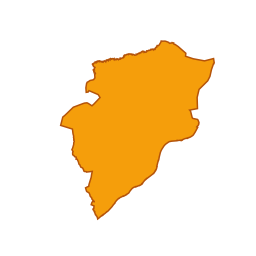 outline of Briģu pag., Ludzas, Latvia, rotated 291°
{"feature_id": "27541924B47965156776634", "entity_name": "Briģu pag.", "entity_type": "district", "adm_level": 2, "iso_a3": "LVA", "parent_name": "Latvia", "parent_adm1": "Ludzas", "projection": "mercator", "projection_center": [28.122, 56.451], "detail": "fine", "context": "isolated", "style": "filled", "palette": "amber", "viewbox_px": 256, "rotation_deg": 291, "n_neighbors": 0, "source": "geoboundaries", "source_scale": "gbopen_adm2", "svg_char_len": 5637}
<svg xmlns="http://www.w3.org/2000/svg" viewBox="0 0 256 256"><g transform="rotate(291 128 128)"><path d="M87.5,163.7L94.5,168.0L95.5,168.3L95.4,168.4L97.5,168.9L97.6,168.7L98.5,168.8L98.5,169.1L100.1,169.2L102.6,168.9L102.6,168.6L108.6,167.9L108.6,168.1L110.0,168.0L111.8,167.6L116.5,167.0L118.8,167.0L120.8,167.3L124.1,168.0L126.2,168.8L129.1,170.7L130.0,171.4L131.3,173.4L133.7,178.4L134.1,178.3L134.4,179.5L135.4,181.3L135.2,181.5L135.7,182.2L135.5,182.5L136.2,183.1L136.5,182.9L138.5,185.0L139.5,186.6L140.0,187.2L139.8,187.3L140.4,187.9L140.4,187.6L141.9,189.5L144.1,191.1L145.0,191.5L148.4,192.2L153.6,192.8L153.7,191.8L156.1,192.7L156.8,192.7L157.3,192.4L158.1,192.5L158.8,192.1L160.6,190.4L160.9,189.8L160.4,186.6L160.2,185.1L160.3,184.8L160.5,184.4L161.4,183.7L166.1,180.4L166.8,179.1L171.0,185.9L181.3,181.6L189.5,180.5L200.6,185.5L205.5,186.0L212.4,185.0L218.7,184.8L218.7,185.1L219.8,185.1L223.5,183.0L218.1,175.4L216.0,164.1L215.6,156.0L218.5,155.2L222.0,145.7L222.9,142.0L222.7,141.5L222.9,140.6L223.8,140.2L223.6,139.4L223.3,139.0L223.5,138.5L223.1,138.4L222.5,137.4L222.5,137.2L222.0,136.7L222.1,136.0L222.5,135.4L222.5,132.2L222.3,131.2L221.4,129.0L221.1,127.8L219.9,127.9L216.6,127.3L215.5,126.6L215.6,126.0L215.4,125.6L214.8,125.7L213.6,125.4L213.5,125.6L213.2,125.2L212.7,125.1L212.6,124.9L212.0,125.0L211.6,124.7L211.3,124.9L211.2,124.5L210.9,124.7L210.6,123.9L210.3,123.9L210.5,123.6L210.1,123.2L210.1,122.8L210.3,122.8L210.2,122.6L210.3,122.4L210.0,122.2L209.8,121.6L209.4,121.5L209.6,121.2L208.5,120.8L208.2,119.8L207.8,119.7L207.8,119.4L207.0,118.6L206.8,118.0L206.4,118.2L206.1,118.1L206.1,117.8L205.7,117.9L205.1,117.6L205.1,117.1L205.1,116.6L204.8,116.5L205.0,115.9L204.7,115.8L205.0,115.6L205.3,115.2L205.1,114.9L204.8,114.7L204.9,114.4L204.6,114.4L204.6,114.1L204.4,113.7L204.1,113.8L204.0,113.6L204.0,113.4L203.6,113.1L202.8,113.0L202.8,112.9L202.9,112.7L202.7,112.2L201.9,112.1L201.8,111.5L201.5,111.5L201.5,111.1L200.7,110.5L200.4,110.5L200.4,110.3L200.0,110.2L199.7,109.9L199.8,109.5L199.6,109.6L199.5,109.3L198.9,109.2L198.8,108.9L198.5,108.5L198.5,108.0L198.3,107.8L198.6,107.2L198.6,106.4L198.5,106.0L198.0,105.9L198.1,105.7L198.1,105.4L198.2,105.2L197.8,105.0L197.9,104.6L198.2,104.5L198.2,104.3L197.9,104.2L197.9,103.6L197.4,102.6L197.6,102.3L197.3,102.0L197.0,101.9L196.9,101.6L196.7,101.7L196.7,101.3L196.5,101.1L196.5,100.8L196.3,100.6L196.2,100.4L195.5,100.0L195.5,99.7L194.9,99.1L194.9,98.9L194.4,99.0L194.4,98.5L194.0,98.5L193.8,98.3L193.6,98.5L193.3,98.4L193.1,98.7L192.5,98.8L192.1,98.6L192.1,98.2L191.7,98.2L191.4,97.6L190.9,97.2L190.8,96.9L190.6,96.7L190.6,96.3L190.0,96.4L189.9,96.2L190.0,95.9L189.5,96.1L189.3,95.9L189.2,95.6L189.2,95.1L188.8,94.9L189.0,94.7L188.9,94.5L188.4,94.4L188.7,93.7L188.4,93.4L188.7,93.2L188.7,92.9L187.8,92.7L187.9,92.3L187.5,92.2L187.3,91.8L187.5,91.6L187.5,91.3L187.7,91.2L187.6,90.8L187.1,90.7L187.8,90.2L187.6,90.1L187.1,90.1L187.4,89.7L187.4,89.4L187.2,89.1L187.3,88.9L186.9,88.6L186.9,88.3L186.7,87.9L186.3,87.8L186.4,87.5L186.6,87.3L186.5,87.1L186.6,86.7L186.0,86.3L185.4,86.6L185.5,86.3L185.5,86.1L184.9,85.9L185.2,85.5L185.1,85.3L184.9,85.1L183.8,85.3L184.2,84.4L184.0,83.8L183.4,83.3L183.2,83.4L183.1,83.6L182.9,83.4L182.6,83.5L182.4,83.3L181.9,83.4L182.0,83.2L182.3,82.8L182.0,82.3L182.2,82.0L181.7,81.7L181.6,81.3L181.0,81.3L181.0,80.9L180.4,80.9L180.4,80.1L180.7,79.9L180.3,79.5L180.6,79.2L180.5,78.4L180.1,78.2L180.5,78.0L180.5,77.3L180.4,77.1L179.9,77.1L179.7,76.9L179.7,76.6L179.9,76.4L179.9,76.1L179.7,75.9L179.4,76.2L179.2,76.1L179.1,75.9L179.2,75.6L179.1,75.4L178.4,75.3L178.7,75.1L178.4,75.0L178.6,74.7L177.9,74.1L177.9,73.8L177.2,74.1L177.0,73.6L176.6,73.0L175.8,72.9L175.5,72.3L175.1,71.9L174.8,71.9L174.2,73.0L173.7,73.0L172.9,74.3L172.9,75.2L172.7,75.5L171.3,75.2L170.9,75.3L170.1,75.9L169.9,75.7L170.0,74.9L169.7,74.7L169.3,75.3L168.1,76.1L168.4,76.5L168.1,77.0L167.3,77.0L167.5,77.6L167.3,78.0L166.9,78.1L166.0,77.7L162.9,79.2L162.4,78.9L161.0,78.7L160.2,77.8L158.8,75.6L156.7,74.1L156.1,73.5L154.6,73.4L151.3,74.1L150.4,74.3L146.3,76.2L147.3,77.9L148.9,78.2L148.5,88.2L146.4,91.0L138.2,87.6L135.8,86.4L136.7,82.2L136.8,80.7L135.8,78.7L134.9,77.5L127.8,69.5L117.3,64.6L114.8,63.2L106.3,64.2L107.1,76.5L102.8,78.8L100.9,80.2L99.7,80.5L99.2,81.0L98.5,81.2L98.2,81.6L97.5,81.6L97.3,81.9L96.8,82.0L96.6,82.4L96.1,82.7L95.0,82.6L93.1,83.2L89.5,83.5L87.7,83.4L86.2,85.2L85.4,85.1L84.4,85.4L83.2,86.0L82.8,87.5L82.1,88.5L82.2,90.1L80.4,90.7L80.7,91.1L80.4,91.5L80.5,91.9L78.7,93.7L76.6,95.3L76.2,96.5L75.7,96.8L74.6,97.9L74.5,98.3L74.5,99.3L74.3,100.1L74.0,100.5L73.1,101.3L72.9,101.7L72.5,101.8L71.9,102.4L71.8,102.9L71.9,103.3L72.3,104.7L72.0,105.1L74.7,110.2L71.4,110.7L68.8,111.3L61.5,111.8L59.4,112.2L58.3,111.0L56.9,109.8L54.3,111.8L53.9,112.3L53.5,114.8L52.2,116.2L50.9,117.0L49.6,119.3L48.7,119.8L47.3,122.8L47.0,122.8L47.0,121.3L45.4,121.0L43.2,121.1L43.1,124.2L40.6,124.9L40.1,124.4L39.6,124.4L39.3,124.6L39.1,124.8L39.0,125.5L38.1,126.2L38.1,126.8L37.9,127.0L37.5,126.8L35.8,128.5L35.4,128.6L35.3,128.8L35.2,129.4L34.7,129.8L34.4,130.6L32.9,131.9L32.2,132.3L32.8,132.7L36.5,134.7L36.5,135.0L37.5,135.7L37.6,135.4L38.5,135.9L38.4,136.1L40.1,137.2L42.0,138.1L41.9,138.2L43.3,139.1L48.6,141.2L51.2,141.9L53.2,142.7L53.4,142.5L56.0,143.2L58.3,144.2L58.8,144.5L58.7,144.6L58.9,144.8L60.2,145.5L61.7,147.0L62.9,147.9L62.7,148.3L65.2,150.5L65.4,150.3L66.4,151.2L67.6,152.0L70.1,152.5L73.2,153.6L74.7,154.7L76.1,156.2L75.8,156.4L78.4,159.1L78.3,159.3L78.8,159.7L78.8,159.8L80.6,161.2L81.5,161.4L81.5,161.1L81.8,161.3L84.9,162.3L85.8,162.8L85.8,162.6L87.6,163.5L87.5,163.7Z" fill="#f59e0b" stroke="#b45309" stroke-width="1.5"/></g></svg>